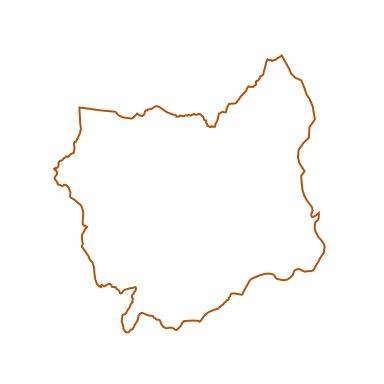 Seno, Séno, Burkina Faso, rotated 9°
{"feature_id": "67063806B86156352342594", "entity_name": "Seno", "entity_type": "district", "adm_level": 2, "iso_a3": "BFA", "parent_name": "Burkina Faso", "parent_adm1": "Séno", "projection": "equal_earth", "projection_center": [-0.111, 13.969], "detail": "fine", "context": "isolated", "style": "outline", "palette": "amber", "viewbox_px": 384, "rotation_deg": 9, "n_neighbors": 0, "source": "geoboundaries", "source_scale": "gbopen_adm2", "svg_char_len": 5999}
<svg xmlns="http://www.w3.org/2000/svg" viewBox="0 0 384 384"><g transform="rotate(9 192 192)"><path d="M219.9,318.9L221.0,317.4L223.0,313.1L225.9,309.2L227.5,307.8L232.4,304.9L234.8,303.7L235.4,303.6L235.9,303.2L236.5,302.3L237.3,301.4L238.2,300.6L239.2,299.0L240.0,298.4L240.5,298.3L240.9,297.0L241.5,296.1L242.7,295.1L243.0,294.6L243.1,293.9L243.4,293.5L244.4,293.0L244.9,292.4L244.7,292.1L245.0,290.9L245.9,289.0L246.2,287.5L246.6,286.4L249.3,285.6L254.4,285.6L257.0,285.7L257.7,285.2L258.0,284.8L258.3,282.9L259.0,281.0L262.7,270.8L263.2,269.8L264.4,268.5L271.2,264.1L276.4,261.6L280.4,260.6L282.3,260.5L285.0,260.8L286.1,261.3L287.1,262.6L288.2,263.7L289.2,264.4L290.0,264.7L291.0,264.6L296.1,264.9L300.0,263.5L302.2,261.4L304.0,258.9L304.7,257.5L304.9,256.8L305.0,255.2L305.3,254.2L305.7,253.4L306.8,252.3L308.3,251.8L310.1,251.4L311.8,251.8L313.7,252.6L315.1,252.9L316.5,252.9L319.4,251.9L321.4,251.7L322.9,251.1L323.8,250.3L324.6,249.1L325.8,245.5L327.4,241.7L328.9,237.2L330.4,233.9L331.8,231.6L331.7,231.2L331.5,225.0L330.2,222.5L326.3,218.5L324.6,217.4L323.3,216.0L319.5,210.7L318.8,208.4L318.4,204.4L318.8,202.1L320.5,200.3L321.2,197.5L320.5,192.8L318.6,195.1L316.4,197.3L314.4,197.9L313.3,195.8L314.0,191.5L313.2,188.9L311.6,187.0L306.4,181.9L303.6,178.2L300.8,172.7L298.1,162.6L297.3,158.9L299.9,153.8L293.9,147.1L291.2,141.2L290.7,133.7L294.6,125.8L298.9,120.2L297.9,109.9L302.0,100.9L297.7,88.3L293.8,82.0L289.9,77.8L286.3,70.8L282.5,64.6L276.1,63.0L271.1,59.3L268.9,55.4L259.2,43.1L257.9,44.7L257.5,44.8L256.8,45.6L255.7,46.2L253.6,48.5L253.3,48.6L252.4,48.7L251.2,49.8L250.7,49.8L249.5,49.4L248.3,49.6L246.9,49.5L245.8,49.1L245.2,51.4L245.0,52.5L244.5,59.0L244.2,61.0L244.0,64.2L243.9,64.9L243.6,65.5L241.3,67.5L241.0,69.1L240.4,70.0L240.2,70.6L240.2,71.1L239.4,72.0L238.5,72.1L237.9,72.8L238.1,74.1L238.5,75.6L237.5,77.1L236.5,78.0L236.0,78.7L234.2,78.8L233.6,79.1L233.1,79.2L231.7,78.8L231.0,79.0L230.9,79.4L230.3,80.7L229.7,82.9L229.7,83.7L228.9,84.7L228.2,85.8L224.9,90.5L224.0,92.9L222.9,94.8L222.0,96.4L221.0,97.6L219.8,98.1L216.7,98.6L216.0,99.0L214.7,99.3L214.3,101.1L213.8,101.7L213.6,103.7L213.1,104.1L213.0,104.6L213.2,105.1L213.2,106.4L213.2,107.8L213.1,108.0L211.6,108.2L209.3,108.0L207.7,109.7L206.5,110.2L206.2,110.7L206.2,113.0L205.8,117.4L205.5,119.0L204.6,120.7L204.6,122.4L204.3,123.0L204.3,124.1L202.8,124.1L201.9,124.4L201.2,124.0L200.5,124.3L200.6,124.7L200.3,124.9L199.4,125.0L198.1,124.3L196.7,124.2L196.6,122.8L195.1,121.4L194.9,119.9L194.5,119.1L193.1,119.1L192.7,118.7L191.4,116.0L189.8,115.3L188.2,113.9L187.5,113.8L187.0,114.2L186.1,113.9L185.3,114.7L182.5,115.2L181.9,114.6L181.2,114.9L180.2,115.8L179.7,115.9L179.0,116.7L176.5,116.5L175.6,117.2L174.7,116.9L174.1,117.3L173.3,117.4L172.2,118.4L169.0,118.3L168.2,118.6L167.3,119.5L166.2,119.8L165.3,119.7L164.9,119.9L164.8,119.3L163.6,118.6L161.0,118.5L158.4,117.8L156.5,117.6L154.4,117.0L148.9,114.2L146.0,113.1L144.0,112.7L142.9,112.9L140.8,114.5L139.6,115.7L138.4,116.5L136.7,117.2L135.9,117.2L135.1,117.8L134.8,118.4L134.0,118.6L132.9,119.7L132.8,122.3L132.6,122.6L132.1,123.7L131.8,123.8L131.0,124.9L129.0,124.5L128.6,124.6L127.9,124.2L127.5,124.2L127.1,123.9L126.5,123.6L126.1,123.7L125.6,123.6L125.4,123.3L124.8,124.4L124.3,124.9L123.6,126.1L121.2,128.9L112.3,129.1L108.5,128.2L106.5,127.1L104.6,125.4L103.8,124.9L102.9,124.8L88.0,125.7L67.7,126.1L67.9,128.2L70.0,137.4L70.6,140.9L72.3,146.4L72.4,149.1L72.0,152.3L71.4,154.3L71.1,154.9L71.1,156.2L70.3,157.3L69.9,158.5L69.7,160.2L68.5,160.8L67.9,162.3L68.3,164.6L68.9,165.8L69.0,166.6L69.1,167.7L69.0,170.4L69.2,171.6L66.7,173.3L65.6,174.3L64.1,176.6L63.5,176.7L62.9,176.4L62.1,176.6L61.4,177.8L60.2,178.5L59.7,179.5L58.6,181.2L58.0,181.6L56.7,181.6L57.1,181.8L56.2,182.5L55.6,184.2L56.0,185.3L56.0,186.2L55.8,188.0L55.6,188.4L54.3,189.8L53.6,189.4L52.2,190.6L53.2,191.6L54.1,192.0L55.2,192.9L55.4,193.3L55.8,195.4L55.7,196.2L54.4,198.0L54.2,198.6L54.1,199.7L54.6,201.0L56.5,202.5L56.9,203.0L57.4,203.3L57.7,203.8L57.8,204.7L58.3,205.4L62.7,206.4L63.2,206.3L64.5,205.0L65.3,204.7L66.4,204.7L67.6,205.5L69.9,207.7L70.9,209.8L71.9,211.0L72.1,212.2L72.1,214.4L72.3,215.5L72.9,216.3L78.5,218.7L80.3,220.1L83.0,221.6L84.2,222.4L85.2,223.7L86.6,226.3L87.4,228.3L87.9,230.1L88.2,232.4L88.8,239.6L89.4,240.8L90.0,241.8L90.8,242.2L92.3,242.1L93.0,242.7L93.8,242.8L93.3,244.0L92.7,244.7L92.0,246.0L92.0,246.9L90.4,250.4L90.2,252.3L90.4,254.1L91.1,257.0L92.1,259.8L92.1,261.1L91.7,262.9L92.0,263.6L93.0,264.4L99.5,271.2L101.5,274.5L104.8,277.3L105.8,279.3L107.3,282.7L108.0,286.3L109.9,292.9L110.4,294.1L110.9,294.6L112.0,296.8L112.7,297.9L114.0,299.0L116.8,300.3L117.1,300.3L116.9,299.6L116.9,298.2L117.6,297.9L119.7,298.8L120.5,298.7L121.1,298.3L121.9,297.3L124.2,295.8L124.8,295.5L126.6,296.2L127.5,297.8L127.9,298.2L131.6,298.0L132.7,299.6L134.7,300.2L135.2,300.6L136.2,302.5L136.8,303.1L137.4,303.5L138.3,303.1L139.5,300.8L140.3,299.7L141.0,299.0L145.6,296.9L148.8,295.9L150.0,295.1L151.0,294.8L151.4,295.0L151.8,296.0L151.8,297.7L150.4,300.3L150.3,300.9L150.3,301.6L148.7,303.7L149.5,305.8L150.2,306.5L150.2,307.8L150.4,308.5L150.2,309.4L150.5,310.0L150.1,310.7L150.0,311.3L149.1,312.5L148.9,313.0L148.6,315.2L146.9,318.8L146.2,321.1L145.5,322.5L144.7,323.3L143.5,323.7L142.9,324.5L142.5,325.5L142.8,326.8L142.7,327.7L142.9,329.4L142.8,330.7L143.0,331.3L143.7,332.4L144.9,335.0L145.7,337.7L146.0,338.3L148.5,340.9L149.7,340.9L151.2,340.6L151.5,340.3L152.5,338.4L153.2,337.7L154.3,337.0L155.1,336.1L155.9,334.0L156.0,332.7L157.8,328.7L158.4,326.7L158.6,322.9L159.1,321.6L159.9,320.3L160.7,319.5L161.6,319.1L167.0,320.4L169.4,320.7L172.7,320.6L173.1,320.9L173.7,321.9L175.5,322.5L176.6,323.5L179.2,323.5L180.2,323.7L181.1,325.0L182.4,327.4L183.8,328.9L185.1,329.8L186.5,330.3L187.6,330.6L188.8,330.5L190.5,329.6L193.0,329.2L194.8,329.5L196.9,330.6L198.3,330.7L198.8,330.3L201.6,326.3L202.3,325.0L202.6,324.1L203.0,322.4L204.1,321.8L204.1,320.9L205.6,320.4L213.2,318.8L218.2,318.3L219.9,318.9Z" fill="none" stroke="#b45309" stroke-width="2"/></g></svg>